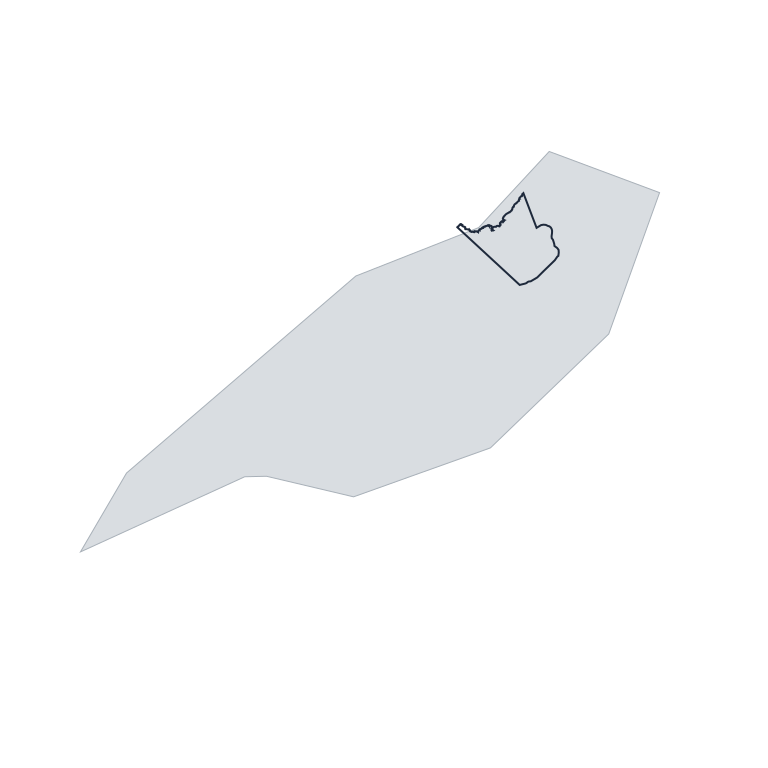 Ngersuul, Airai, Palau (highlighted), rotated 220°
{"feature_id": "81905179B1106200869758", "entity_name": "Ngersuul", "entity_type": "district", "adm_level": 2, "iso_a3": "PLW", "parent_name": "Palau", "parent_adm1": "Airai", "projection": "albers", "projection_center": [134.596, 7.428], "detail": "fine", "context": "in_parent", "style": "outline", "palette": "slate", "viewbox_px": 768, "rotation_deg": 220, "n_neighbors": 0, "source": "geoboundaries", "source_scale": "gbopen_adm2", "svg_char_len": 4931}
<svg xmlns="http://www.w3.org/2000/svg" viewBox="0 0 768 768"><g transform="rotate(220 384 384)"><path d="M406.9,668.3L295.9,707.7L244.0,566.8L261.4,403.5L334.8,278.0L414.7,237.8L431.1,223.4L508.6,60.3L524.0,150.3L475.0,448.6L412.0,564.7L406.9,668.3Z" fill="#d9dde1" stroke="#a8b0b8" stroke-width="1"/><path d="M399.9,619.8L400.0,618.8L400.0,618.7L400.1,618.2L399.8,617.9L399.6,617.6L399.5,617.3L399.1,616.8L399.1,616.5L399.3,616.4L399.5,616.2L399.7,615.9L399.7,615.5L399.7,614.8L399.8,613.9L399.8,613.4L399.7,613.2L399.5,612.9L399.1,612.9L399.2,612.7L399.3,612.4L399.1,611.8L398.9,611.7L398.6,611.4L398.4,611.2L398.5,611.1L398.7,609.9L398.8,608.7L398.9,608.2L398.7,607.8L398.8,607.4L399.0,607.3L399.0,607.0L399.2,606.5L399.4,605.6L399.2,604.2L399.0,603.9L398.8,603.8L398.7,603.5L398.8,603.1L398.6,603.0L398.9,602.3L398.8,602.0L398.8,601.5L398.7,601.2L398.2,600.7L398.0,600.1L398.1,599.7L397.8,599.3L397.7,599.0L398.0,598.1L398.0,597.9L397.9,597.5L398.0,597.2L398.2,596.7L398.3,596.5L398.1,596.4L398.1,596.2L398.3,596.0L398.6,595.6L398.8,595.0L399.0,594.6L399.0,594.2L399.5,593.3L399.6,592.8L399.7,592.3L399.8,591.4L399.7,590.9L399.8,590.5L399.8,590.2L399.9,589.5L399.7,589.2L399.8,589.0L399.8,588.4L399.7,588.1L399.5,587.7L399.1,587.3L399.1,586.9L398.7,586.7L398.2,586.6L397.8,586.8L397.7,586.8L397.3,586.8L397.0,586.9L397.1,586.6L397.0,586.2L396.9,586.1L397.1,585.7L396.9,585.5L396.9,585.3L397.0,585.4L397.4,585.3L397.6,585.2L398.1,584.8L398.0,584.6L397.9,584.6L397.9,584.3L398.0,584.3L398.4,584.0L398.5,583.9L398.6,583.4L398.6,583.2L398.4,582.8L398.6,582.7L398.6,582.3L398.5,582.1L398.6,581.8L398.5,581.7L398.2,581.5L398.2,581.3L398.0,581.2L397.9,581.3L397.8,581.1L397.5,581.1L397.5,580.8L397.3,580.7L396.9,580.6L396.8,580.4L396.9,580.1L396.9,579.7L397.1,579.6L397.2,579.4L396.9,578.9L397.0,578.8L397.3,578.7L397.5,578.7L397.8,578.7L398.1,578.6L398.4,578.5L398.8,577.9L399.1,577.7L399.3,577.2L399.3,576.8L399.2,576.6L399.3,576.4L399.5,576.4L399.6,576.2L400.1,575.8L400.5,575.4L401.0,574.7L401.4,573.6L401.3,573.4L401.0,572.9L400.7,572.8L400.0,571.9L399.8,571.8L399.0,571.9L399.1,571.7L399.4,571.8L399.8,571.6L400.0,571.5L400.1,571.2L400.2,570.8L400.7,571.0L400.7,571.4L400.7,571.7L400.8,571.9L401.1,572.1L401.1,572.3L401.3,572.4L401.6,572.4L401.5,572.6L401.5,572.8L402.0,573.3L402.4,573.6L402.6,573.8L402.9,573.9L402.9,574.0L403.1,574.1L403.4,574.0L403.8,573.9L404.5,573.4L404.8,573.3L404.9,573.1L404.8,572.9L405.0,573.0L405.2,573.3L405.3,573.4L405.6,573.3L405.7,572.9L405.7,572.7L405.9,572.8L406.2,572.4L406.0,572.2L405.9,572.2L406.1,572.0L406.5,572.2L406.6,571.8L407.1,570.9L407.6,569.7L407.8,569.9L407.9,569.7L408.1,569.4L408.3,569.3L408.4,569.1L408.6,568.6L408.7,568.4L408.7,568.2L408.8,568.1L408.8,567.8L408.7,567.6L408.8,567.4L408.9,567.5L409.0,567.5L409.1,567.1L409.0,566.9L409.2,566.7L409.3,566.6L409.3,566.4L409.2,566.4L409.3,566.3L409.3,566.2L409.2,565.9L409.1,565.6L409.4,565.4L409.6,564.9L409.7,564.5L409.8,564.5L409.9,564.4L409.9,564.2L410.0,564.1L409.9,563.9L410.0,563.8L409.9,563.7L410.0,563.7L410.1,563.2L410.1,562.9L410.1,562.5L410.0,562.4L410.1,562.0L410.0,561.8L409.9,561.7L409.7,561.4L409.7,561.2L409.5,560.9L409.8,560.9L410.1,560.8L410.2,560.6L410.3,560.6L410.5,560.7L410.8,560.6L411.0,560.6L411.3,560.4L411.5,560.1L411.7,559.9L411.8,559.9L411.9,559.7L412.0,559.6L411.9,559.6L412.0,559.5L412.1,559.4L412.2,559.5L412.3,559.4L412.2,559.4L412.4,559.4L412.5,559.4L412.5,559.2L412.8,559.1L412.8,558.8L412.8,558.7L412.6,558.4L412.8,558.3L412.8,558.1L413.2,557.9L413.5,557.8L413.6,557.7L414.3,557.5L414.4,557.4L414.4,557.2L414.5,557.1L414.6,556.8L414.8,556.7L415.3,556.7L415.6,556.5L415.9,556.3L416.2,556.3L416.4,556.6L416.6,556.7L416.6,556.8L417.1,557.1L417.6,557.1L417.8,557.1L417.9,556.9L418.1,557.0L418.1,556.9L418.4,556.9L418.5,556.8L418.8,556.7L419.0,556.5L419.0,556.4L419.3,556.2L419.8,555.9L420.3,555.7L420.6,555.5L420.9,555.2L421.0,555.0L421.2,554.9L421.5,555.0L421.6,555.3L421.8,555.3L422.1,555.6L422.3,555.9L422.3,556.0L422.5,556.1L422.6,556.3L422.8,556.3L423.0,556.3L423.1,556.2L423.6,556.1L423.8,555.9L424.1,555.8L424.4,555.6L424.5,555.6L425.1,555.5L425.3,555.5L425.2,555.6L425.3,555.6L425.5,555.6L425.8,555.6L425.9,555.8L426.0,555.7L426.1,555.8L426.1,556.0L426.3,556.2L426.5,556.2L427.0,556.0L427.6,556.1L427.8,556.0L428.0,555.9L428.2,555.6L428.3,555.5L428.3,555.2L428.3,554.8L428.3,554.7L428.1,554.4L428.3,554.0L428.4,553.9L428.4,553.7L428.3,553.4L428.3,553.1L428.4,552.7L428.3,552.4L428.4,552.1L428.5,551.9L428.7,551.7L428.6,551.2L343.7,547.1L343.1,548.0L340.4,551.7L339.7,553.0L339.6,554.2L339.1,555.4L337.6,557.0L335.1,564.1L334.3,573.0L332.7,588.6L333.1,593.0L332.8,594.2L334.6,597.0L336.4,598.9L337.4,599.2L338.9,599.5L340.5,599.4L342.1,599.3L343.6,600.7L345.4,601.9L347.3,603.1L349.2,603.5L350.6,604.9L352.3,607.6L353.7,609.4L355.0,610.4L356.8,611.1L358.6,611.1L359.9,610.5L362.3,609.9L364.3,608.5L365.8,606.7L367.5,601.7L399.9,619.8Z" fill="none" stroke="#1e293b" stroke-width="2"/></g></svg>